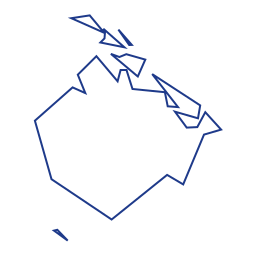 outline of Camagüey
{"feature_id": "CUB-1364", "entity_name": "Camagüey", "entity_type": "Province", "adm_level": 1, "iso_a3": "CUB", "parent_name": "Cuba", "parent_adm1": "", "projection": "orthographic", "projection_center": [-77.855, 21.478], "detail": "coarse", "context": "isolated", "style": "outline", "palette": "blue", "viewbox_px": 256, "rotation_deg": 0, "n_neighbors": 0, "source": "natural_earth", "source_scale": "10m", "svg_char_len": 688}
<svg xmlns="http://www.w3.org/2000/svg" viewBox="0 0 256 256"><path d="M96.4,56.2L117.6,81.3L120.6,70.0L126.5,70.0L132.5,89.0L164.9,92.2L167.7,106.3L178.0,107.1L152.2,74.1L200.2,105.4L198.0,118.3L175.0,111.7L186.7,127.6L197.3,127.1L205.3,112.2L221.1,129.6L204.0,134.6L183.2,184.4L167.1,174.9L111.6,219.5L51.5,179.2L34.9,120.7L72.6,87.4L85.3,93.1L77.8,74.7L96.4,56.2ZM145.3,59.6L137.8,76.5L110.9,53.9L119.4,57.0L126.3,54.2L145.3,59.6ZM104.2,32.8L71.3,18.2L89.7,15.4L104.2,32.8ZM124.4,47.3L100.4,42.5L104.5,38.4L105.0,32.2L103.4,28.8L124.4,47.3ZM57.3,229.8L67.7,240.6L54.0,230.6L57.3,229.8ZM129.2,45.0L118.4,29.6L131.8,44.9L129.2,45.0Z" fill="none" stroke="#1e3a8a" stroke-width="2"/></svg>